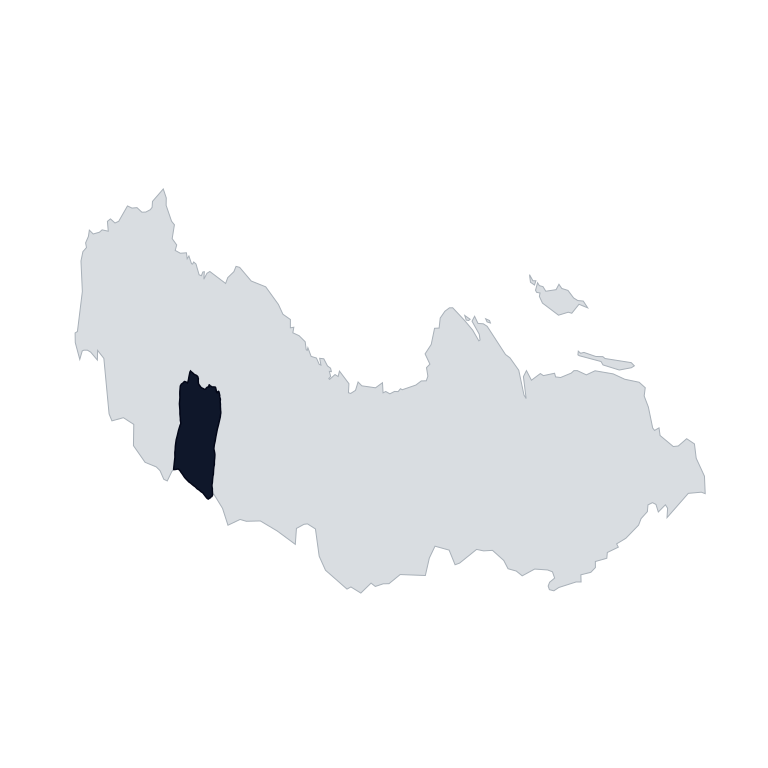 Arjeplog, Norrbotten, Sweden (highlighted), rotated 257°
{"feature_id": "70781695B22534233820232", "entity_name": "Arjeplog", "entity_type": "district", "adm_level": 2, "iso_a3": "SWE", "parent_name": "Sweden", "parent_adm1": "Norrbotten", "projection": "equal_earth", "projection_center": [17.292, 66.388], "detail": "fine", "context": "in_parent", "style": "filled", "palette": "ink", "viewbox_px": 768, "rotation_deg": 257, "n_neighbors": 0, "source": "geoboundaries", "source_scale": "gbopen_adm2", "svg_char_len": 5764}
<svg xmlns="http://www.w3.org/2000/svg" viewBox="0 0 768 768"><g transform="rotate(257 384 384)"><path d="M153.6,500.8L156.5,506.6L163.1,505.9L166.0,501.6L169.8,489.2L166.0,475.5L172.0,470.8L176.1,463.3L185.1,461.0L197.5,452.3L199.0,443.5L202.0,437.0L192.5,417.4L191.9,412.6L207.5,410.1L214.5,397.2L204.2,389.0L188.1,381.2L194.7,356.9L188.3,343.9L189.5,338.4L188.7,330.0L192.9,326.6L185.5,314.4L193.7,306.1L192.5,301.8L215.7,285.1L230.8,282.1L258.2,284.6L264.9,278.0L265.3,274.5L263.0,266.2L247.7,261.5L264.9,246.8L278.4,232.7L281.2,219.0L284.4,213.3L281.5,200.2L299.2,198.7L315.0,193.4L313.0,186.3L347.9,164.9L349.0,161.1L346.4,157.5L338.3,151.0L340.7,148.0L349.9,146.3L354.4,143.5L361.4,133.6L380.3,126.0L400.9,131.1L409.8,122.5L409.3,110.6L416.7,109.4L472.0,116.8L481.2,112.5L471.8,110.1L481.0,105.4L483.7,102.6L484.5,99.2L484.1,97.4L476.4,93.1L493.8,92.5L503.2,94.5L504.1,97.1L542.0,110.9L572.0,116.4L580.7,120.4L583.9,124.8L588.6,125.0L594.3,129.2L600.2,131.5L595.6,134.4L595.9,140.9L597.6,144.0L594.9,149.7L604.7,151.1L606.4,154.6L601.4,158.1L602.2,162.1L615.2,174.1L612.1,178.0L611.4,183.0L605.9,186.7L605.1,190.5L606.4,195.5L608.3,197.8L614.0,199.5L623.7,212.8L614.3,213.7L607.1,211.9L590.4,213.6L586.3,215.6L573.3,210.3L566.1,213.3L561.1,210.6L557.2,215.0L556.3,221.0L550.3,220.4L552.6,222.7L544.5,223.5L543.9,224.5L545.7,226.0L543.2,227.8L532.0,228.4L530.6,230.4L533.9,232.7L533.8,234.2L526.6,232.0L531.7,236.4L532.8,239.6L517.6,252.3L522.8,255.7L527.2,263.0L531.9,266.3L530.1,269.6L514.2,277.8L505.3,290.6L485.3,299.0L474.7,301.2L467.9,307.3L459.8,305.4L459.6,308.9L454.4,306.7L450.2,312.1L442.9,316.7L434.9,315.9L434.0,316.7L436.5,318.0L427.3,319.2L424.5,324.0L417.7,325.3L416.6,326.8L423.5,327.1L422.1,331.0L414.3,333.0L411.4,335.5L407.9,335.5L408.6,333.6L403.3,333.7L401.7,331.4L400.7,332.0L404.2,338.4L401.6,341.0L406.6,343.5L392.2,349.9L383.5,347.4L382.3,349.4L384.2,354.8L391.8,359.2L387.2,362.0L382.2,374.9L385.6,382.8L375.6,381.1L376.3,384.0L373.1,387.5L374.4,392.6L373.4,396.0L375.7,399.0L374.3,400.5L375.8,414.8L378.6,421.0L377.6,425.9L381.7,428.5L390.4,429.1L393.0,433.2L404.1,430.8L411.9,438.9L426.9,445.8L426.1,450.3L435.6,453.6L441.2,459.7L443.5,464.9L442.8,468.1L428.0,476.7L416.6,482.5L404.7,486.1L405.3,487.5L411.1,488.0L425.4,483.9L429.6,487.5L421.9,489.2L420.3,494.3L417.0,497.5L385.4,509.0L381.2,512.6L367.1,518.4L341.7,517.9L337.8,519.2L359.8,521.5L365.0,525.8L354.5,528.5L359.0,538.7L356.3,541.2L356.1,552.6L352.3,552.8L350.6,557.5L352.5,568.9L354.3,572.1L353.5,575.4L347.4,583.2L349.4,592.6L342.3,609.6L334.5,619.6L328.3,633.0L321.6,637.7L313.8,634.8L302.0,636.4L280.6,635.9L277.9,637.2L279.4,642.1L271.7,641.4L258.0,651.8L257.4,656.8L262.6,666.6L255.8,673.0L241.4,671.5L222.1,675.5L204.9,672.3L207.2,668.9L209.0,655.9L190.1,629.7L199.2,632.4L203.0,631.0L197.6,622.5L205.5,621.9L208.0,618.9L206.8,614.0L200.4,611.9L195.0,604.2L189.2,600.3L179.3,585.0L175.9,574.7L172.3,575.6L169.6,563.7L164.1,561.9L163.5,550.0L157.6,548.7L154.0,543.2L153.8,532.9L146.8,531.5L147.9,526.6L146.4,508.6L144.3,503.0L146.4,498.9L150.2,498.5L153.6,500.8ZM448.1,556.4L444.9,557.5L443.1,560.8L438.0,562.5L437.2,572.9L441.8,576.9L437.1,578.7L433.8,584.3L425.2,588.1L421.7,591.6L420.0,596.8L412.4,599.6L417.8,591.9L410.7,582.9L412.5,579.7L411.8,569.5L427.2,556.6L434.4,555.1L437.6,556.5L438.9,553.4L441.2,552.7L448.1,556.4ZM349.2,629.7L345.4,632.0L344.2,628.7L344.7,616.4L353.3,601.7L357.1,600.5L367.6,580.7L368.8,579.5L372.3,580.7L369.7,582.5L369.8,585.9L363.2,596.5L361.4,603.4L359.1,605.1L349.2,629.7ZM451.1,552.3L450.4,555.2L446.6,552.9L450.2,549.6L457.8,550.4L451.1,552.3ZM432.6,478.1L427.7,482.5L426.8,480.7L427.8,478.5L432.6,478.1ZM422.1,501.1L419.5,501.4L421.3,498.4L424.7,497.7L422.1,501.1Z" fill="#d9dde1" stroke="#a8b0b8" stroke-width="1"/><path d="M440.2,198.4L439.3,197.6L434.5,195.4L432.1,194.4L430.3,193.5L429.3,192.6L430.4,191.7L431.3,190.3L430.8,189.1L430.1,188.3L429.5,186.6L427.9,185.1L425.4,184.3L422.6,183.4L420.2,182.8L416.6,182.1L410.7,180.2L404.0,179.2L400.6,178.4L396.5,177.9L394.4,177.4L391.9,177.3L390.7,176.9L389.8,176.1L388.2,175.2L385.3,173.5L380.4,171.1L376.4,169.0L372.5,167.5L370.3,166.7L367.1,165.8L364.3,164.8L359.6,163.8L356.0,162.5L352.2,161.2L348.5,159.9L348.0,159.8L347.7,160.8L347.6,162.2L347.6,163.4L347.3,164.6L346.5,165.1L345.6,165.7L344.1,166.2L341.6,167.3L337.8,168.7L335.7,169.9L333.4,171.3L332.1,172.1L331.2,173.1L329.9,174.0L327.8,175.6L326.4,176.9L323.9,178.4L322.2,180.1L320.2,181.5L319.4,182.3L318.9,182.9L316.9,183.8L314.4,184.9L312.9,185.6L311.9,186.3L311.4,187.0L311.7,187.6L312.0,188.3L312.2,189.3L312.8,189.7L313.0,190.4L313.1,191.0L314.0,191.6L314.2,191.9L314.7,192.0L315.9,192.3L316.6,192.4L317.0,192.5L319.0,192.8L320.5,193.2L322.5,193.3L324.3,193.6L326.6,194.6L329.3,195.4L331.1,196.0L332.8,196.6L334.3,197.4L336.1,197.9L338.9,198.7L341.3,199.5L343.7,200.6L345.9,201.1L347.7,201.6L349.6,202.3L351.7,202.9L353.1,203.3L354.8,203.5L357.3,203.6L359.0,203.6L361.1,204.3L363.2,205.1L366.5,206.7L370.0,208.1L377.6,211.5L381.4,213.5L384.7,215.1L388.8,217.1L390.9,217.8L392.3,218.4L393.6,218.7L395.5,218.9L396.3,219.1L398.2,219.4L399.7,219.7L401.2,220.1L402.2,220.2L403.8,220.4L405.1,220.9L406.1,221.2L407.2,221.1L408.4,221.0L409.6,221.2L409.8,221.4L413.5,221.4L414.1,221.0L413.9,220.4L413.3,219.9L413.0,219.4L413.8,219.0L415.5,219.1L418.5,219.1L419.0,218.8L419.5,217.2L419.7,215.9L420.4,215.4L421.0,214.3L421.4,214.2L422.4,213.7L422.3,213.2L421.6,213.0L420.8,212.9L421.1,212.5L420.6,211.7L420.5,210.7L420.0,209.9L419.1,209.0L419.1,208.3L419.3,207.7L420.0,207.1L420.7,206.1L421.9,204.9L424.1,204.0L425.0,203.6L426.1,203.3L427.6,203.5L429.4,203.8L430.8,204.3L433.1,204.2L433.6,203.9L434.6,203.2L435.9,201.4L437.7,200.2L439.5,198.8L440.2,198.4Z" fill="#0f172a" stroke="#020617" stroke-width="1.5"/></g></svg>